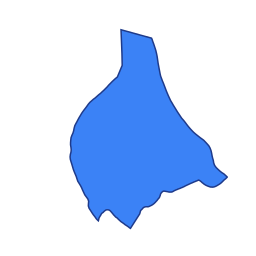 the district of Nisab, Shabwah, Yemen, rotated 335°
{"feature_id": "15242507B68873122709220", "entity_name": "Nisab", "entity_type": "district", "adm_level": 2, "iso_a3": "YEM", "parent_name": "Yemen", "parent_adm1": "Shabwah", "projection": "natural_earth1", "projection_center": [46.477, 14.534], "detail": "fine", "context": "isolated", "style": "filled", "palette": "blue", "viewbox_px": 256, "rotation_deg": 335, "n_neighbors": 0, "source": "geoboundaries", "source_scale": "gbopen_adm2", "svg_char_len": 3503}
<svg xmlns="http://www.w3.org/2000/svg" viewBox="0 0 256 256"><g transform="rotate(335 128 128)"><path d="M87.8,220.0L102.3,210.8L104.6,208.1L105.0,208.0L106.2,207.6L107.1,207.2L108.0,206.8L109.1,206.6L110.0,206.7L110.9,206.9L111.8,207.3L112.7,207.8L113.6,208.0L114.7,208.0L115.6,208.0L116.7,208.0L117.7,207.9L118.7,207.7L119.6,207.5L120.5,207.2L121.4,206.9L122.5,206.4L123.6,206.0L124.5,205.5L125.5,205.0L126.5,204.6L127.4,204.0L128.2,203.2L128.9,202.5L129.5,201.7L130.3,201.1L131.2,200.7L132.2,200.3L133.3,200.2L134.1,200.5L135.0,201.1L136.0,201.8L136.9,202.4L137.6,203.0L138.5,203.6L139.4,204.0L140.3,204.4L141.3,204.6L142.4,204.5L143.5,204.4L144.5,204.4L145.3,204.4L146.5,204.5L147.4,204.5L148.5,204.6L149.6,204.7L151.0,204.7L152.0,204.8L153.1,204.8L154.5,204.8L155.5,204.7L156.7,204.7L157.6,204.7L158.6,204.7L159.6,204.7L160.5,204.7L161.8,204.7L163.0,204.8L164.1,204.8L165.1,204.8L166.1,204.9L167.0,204.9L168.1,205.0L169.0,205.0L169.9,205.0L170.6,205.7L171.2,206.7L171.7,207.7L172.1,208.8L172.7,209.9L173.2,211.0L173.8,211.9L174.4,212.8L175.0,213.5L175.7,214.3L176.4,215.0L177.2,215.8L177.9,216.4L178.7,216.8L179.6,217.3L180.4,217.6L181.4,217.8L182.6,217.9L183.6,217.9L184.7,217.8L185.7,217.7L186.6,217.6L187.5,217.5L188.4,217.3L189.3,217.1L190.2,216.8L191.2,216.4L192.2,216.1L193.1,215.7L194.0,215.5L194.9,215.3L196.0,214.9L197.1,214.5L197.2,214.3L196.5,212.5L195.5,210.1L194.2,208.1L193.1,205.9L192.1,203.5L191.2,201.1L190.7,198.5L190.9,195.9L191.6,193.5L192.0,190.9L192.5,188.6L193.2,185.9L193.7,183.5L193.9,180.7L193.7,178.2L193.0,175.8L192.2,173.3L191.4,171.0L190.2,168.8L189.4,167.4L189.0,166.6L187.8,164.2L186.7,162.0L185.6,159.5L184.8,157.2L184.0,154.7L183.3,152.1L182.7,149.5L182.2,147.0L181.6,144.5L180.8,141.9L180.4,139.4L180.0,136.8L179.6,134.2L179.3,131.5L179.0,128.9L178.7,126.4L178.5,123.9L178.2,121.3L178.2,118.5L178.2,115.8L178.3,113.0L178.4,110.5L178.6,107.9L178.8,105.2L179.0,102.5L179.1,99.9L179.3,97.3L179.5,94.8L180.1,92.0L180.7,89.7L181.3,87.3L182.0,84.6L182.6,82.2L183.3,79.9L184.0,77.6L184.7,75.2L185.3,72.7L185.8,70.3L185.9,69.9L186.2,67.8L186.5,65.3L186.8,62.8L187.0,60.2L187.3,57.8L187.3,56.5L177.5,48.2L163.2,36.0L154.1,57.7L149.2,68.8L140.0,77.2L139.8,77.3L137.4,77.9L135.2,78.6L133.1,79.3L131.0,80.1L128.8,80.9L126.4,82.0L124.2,82.8L122.0,83.6L119.7,84.3L117.7,85.0L115.5,85.5L113.2,86.2L110.9,86.9L108.8,87.3L106.5,88.0L104.4,88.6L102.2,89.6L100.1,90.8L98.1,91.9L96.1,92.9L94.1,94.0L92.2,95.1L90.2,96.5L88.1,97.9L86.2,99.3L84.4,100.7L82.6,102.0L80.8,103.4L79.1,105.4L77.6,107.5L75.9,109.4L74.0,111.0L72.3,112.7L71.0,114.8L69.8,116.9L68.8,119.0L68.1,121.5L67.3,123.8L66.1,125.8L64.6,127.6L63.3,129.7L62.5,132.0L62.1,134.6L61.8,137.0L61.4,139.6L61.0,142.2L60.8,144.7L60.7,147.3L60.6,150.0L60.3,152.4L60.0,155.0L60.3,157.5L60.6,160.1L60.7,162.6L60.6,165.2L60.6,167.8L60.6,170.3L61.1,172.8L61.6,175.3L61.4,177.7L60.2,179.8L59.1,181.9L58.8,184.4L59.2,187.0L59.5,189.4L59.9,191.9L60.5,194.4L60.9,196.9L61.7,199.2L61.9,199.6L62.6,198.8L63.2,197.9L63.9,197.2L64.7,196.6L65.4,196.1L66.3,195.6L67.1,194.9L67.9,194.4L68.9,194.1L69.8,194.0L70.7,193.6L71.7,193.3L72.6,193.1L73.6,193.0L74.5,193.3L75.3,193.7L76.1,194.3L76.7,195.1L77.1,196.2L77.4,197.2L77.7,198.3L78.0,199.4L78.2,200.5L78.6,201.5L78.9,202.5L79.2,203.5L79.9,204.5L80.4,205.7L80.7,206.7L81.1,207.6L81.5,208.6L81.7,209.0L81.9,209.6L82.4,210.5L83.0,211.5L83.5,212.4L84.0,213.3L84.5,214.4L85.1,215.3L85.6,216.1L86.2,217.1L86.7,218.0L87.2,219.1L87.8,220.0Z" fill="#3b82f6" stroke="#1e3a8a" stroke-width="1.5"/></g></svg>